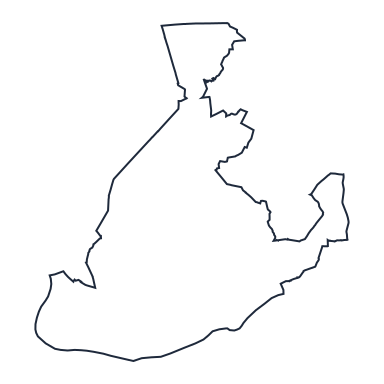 outline of Klintaines pag., Plavinu, Latvia
{"feature_id": "27541924B20415877652953", "entity_name": "Klintaines pag.", "entity_type": "district", "adm_level": 2, "iso_a3": "LVA", "parent_name": "Latvia", "parent_adm1": "Plavinu", "projection": "mercator", "projection_center": [25.627, 56.641], "detail": "fine", "context": "isolated", "style": "outline", "palette": "slate", "viewbox_px": 384, "rotation_deg": 0, "n_neighbors": 0, "source": "geoboundaries", "source_scale": "gbopen_adm2", "svg_char_len": 5803}
<svg xmlns="http://www.w3.org/2000/svg" viewBox="0 0 384 384"><path d="M227.0,23.0L226.6,23.2L224.9,23.1L209.1,23.4L195.1,23.5L186.2,23.9L185.8,24.0L183.6,24.0L175.0,24.6L164.9,25.5L161.6,25.8L162.7,29.2L163.9,33.4L163.9,33.6L164.1,34.0L165.0,37.8L164.9,37.8L165.4,39.3L165.5,39.3L166.4,42.5L167.6,46.1L169.1,51.3L169.3,52.0L173.3,65.8L175.5,72.9L175.8,74.4L177.5,80.2L178.4,83.2L177.7,83.5L178.2,85.3L184.7,89.1L185.0,89.6L184.5,96.5L185.5,97.5L186.7,98.3L186.5,98.5L186.0,98.6L180.9,101.1L178.6,101.0L178.6,102.3L178.7,104.7L178.4,108.9L168.1,120.1L167.5,120.8L160.3,128.7L158.1,131.3L157.9,131.2L152.4,137.2L152.2,137.2L149.5,140.3L149.1,140.6L128.4,163.0L114.0,178.8L113.8,179.1L113.4,179.9L112.0,184.6L110.6,189.7L108.8,195.7L108.9,196.1L108.8,198.0L108.6,199.1L108.1,209.8L108.1,210.2L108.0,210.6L107.9,210.9L100.3,224.0L96.3,230.8L97.9,232.7L100.7,236.4L100.9,236.3L101.0,238.3L99.8,238.5L96.0,242.2L94.2,243.8L93.4,244.3L93.4,244.6L93.4,245.2L93.2,245.8L92.3,247.6L90.5,248.7L89.9,249.2L89.4,250.5L89.5,250.7L89.4,251.4L88.3,252.9L88.2,254.3L87.7,256.1L86.9,259.4L86.7,262.4L86.0,262.6L88.2,267.0L92.7,276.7L92.6,276.8L93.2,278.8L93.9,282.0L95.2,287.8L87.2,285.5L85.4,284.9L80.8,282.1L80.7,282.0L81.1,281.6L78.5,279.9L75.7,280.7L74.6,279.6L73.7,280.9L73.4,281.7L70.4,279.1L68.2,277.1L66.8,275.6L65.3,273.9L63.4,271.3L62.7,271.5L54.8,274.4L49.7,275.4L50.8,278.8L51.3,284.0L50.6,288.9L48.1,296.5L45.5,300.7L41.2,306.6L38.9,311.6L36.9,317.7L35.5,324.1L35.4,329.4L36.2,332.9L37.9,336.4L45.7,343.4L55.0,348.8L60.6,349.9L67.6,350.5L74.6,349.9L81.1,350.2L86.7,350.7L93.7,351.8L103.4,353.7L110.8,355.8L133.3,361.0L141.7,358.2L151.4,357.3L160.8,356.8L170.3,353.5L184.5,347.7L195.4,343.4L203.5,339.5L208.4,335.4L212.6,331.3L219.3,329.3L226.1,328.4L227.4,328.4L229.7,330.1L234.3,330.5L237.0,329.6L239.6,328.4L241.7,325.8L243.5,322.9L247.5,318.1L255.9,310.2L264.7,303.6L271.6,298.1L278.3,295.1L283.5,293.9L283.4,289.9L280.7,283.7L286.0,281.1L288.6,281.1L289.5,280.8L289.7,281.1L290.2,280.7L290.7,280.6L290.6,280.3L293.7,279.0L296.0,278.3L298.4,277.5L298.3,277.4L298.5,277.4L298.5,277.5L299.3,277.1L300.2,276.2L302.7,272.6L303.4,271.8L303.5,271.1L304.5,270.5L305.8,270.0L315.2,266.7L315.4,266.4L316.9,262.6L318.3,260.6L318.7,259.9L318.9,258.9L318.5,258.1L321.8,248.1L321.9,247.9L322.3,246.2L327.3,246.3L327.9,246.1L327.7,240.0L328.4,240.5L329.3,240.6L329.2,240.8L333.6,241.2L334.5,241.5L334.8,241.4L335.0,241.2L335.1,241.3L337.1,240.3L339.0,240.4L340.5,240.3L341.2,240.4L341.2,240.2L342.8,240.3L344.0,240.0L347.1,239.9L347.5,239.7L347.2,238.7L346.9,234.5L346.4,231.7L346.6,230.4L348.5,223.2L348.6,222.3L348.5,221.1L347.8,217.6L346.8,214.3L342.8,204.0L342.5,203.0L342.4,202.0L342.5,200.8L343.5,193.1L343.8,189.9L343.8,189.2L343.7,188.4L343.1,185.4L342.8,183.9L342.7,183.0L342.7,182.3L342.8,181.8L343.3,179.4L343.6,177.6L343.6,176.0L343.5,175.0L343.4,174.4L342.9,174.6L339.0,174.3L335.1,173.6L330.6,173.4L329.1,174.7L327.9,175.5L326.9,176.4L325.9,177.3L323.4,179.5L321.6,180.9L319.6,182.7L317.3,184.8L314.5,189.2L311.3,194.0L310.1,194.6L311.8,195.3L313.6,198.1L315.2,200.1L317.8,201.8L318.6,203.2L318.8,203.7L319.1,205.3L319.1,206.2L320.0,207.9L321.2,209.7L322.6,211.4L323.2,212.7L323.1,213.0L323.0,213.3L322.8,214.0L322.8,214.4L323.0,214.7L322.1,216.1L318.1,221.0L316.5,223.0L315.8,224.0L315.1,225.2L314.3,226.0L313.5,227.3L312.0,229.0L311.1,229.9L310.3,231.0L308.7,233.2L307.0,236.1L304.9,239.1L300.7,240.5L299.5,241.4L291.6,240.1L288.9,239.7L287.8,239.0L287.5,239.6L285.3,239.2L278.4,240.2L278.2,240.6L276.7,240.0L276.2,240.5L273.6,240.8L275.1,238.2L275.3,236.7L275.1,236.2L274.1,234.8L274.0,233.7L273.9,233.4L272.7,231.9L272.6,231.6L272.7,230.8L271.8,228.9L270.2,227.3L268.9,225.5L267.7,221.7L267.8,221.5L269.6,219.8L269.6,219.5L269.6,217.1L269.5,214.0L269.5,213.8L270.5,212.2L270.3,211.7L269.5,210.9L267.9,209.5L267.7,209.0L267.2,207.0L266.0,201.7L265.8,201.5L262.7,200.8L261.0,200.9L260.9,201.0L260.2,203.4L257.5,202.5L257.2,202.3L255.7,202.0L251.2,197.3L248.6,195.0L245.7,192.7L245.8,192.5L243.0,190.3L241.4,187.2L231.5,185.2L230.3,184.8L226.9,184.1L222.1,178.2L215.4,170.1L215.5,169.9L216.6,169.7L217.0,168.4L219.1,168.0L218.6,164.1L220.1,161.1L224.8,161.9L226.9,161.5L227.0,161.4L227.7,158.1L227.7,157.9L227.8,157.7L228.1,157.6L228.7,157.5L235.3,156.4L236.3,155.7L238.2,154.9L241.8,152.7L244.0,148.4L244.7,147.0L246.8,147.7L248.4,142.6L251.3,138.7L253.6,130.1L241.1,123.2L246.9,111.9L242.2,110.1L240.7,109.3L240.4,109.6L240.0,109.8L239.6,110.2L239.5,110.5L239.3,110.8L238.5,111.3L238.1,111.8L238.2,112.0L237.8,112.4L236.9,113.7L236.1,114.3L235.2,114.6L234.7,114.6L233.8,114.4L232.1,113.7L231.3,113.7L230.9,113.9L229.7,115.0L226.8,115.7L226.5,116.2L226.1,116.4L226.2,113.4L223.1,110.5L216.5,113.9L211.1,116.5L211.0,114.1L211.2,110.4L210.3,103.1L210.1,100.4L209.5,97.0L209.3,96.9L201.8,97.8L203.0,96.8L207.0,88.8L206.7,87.8L205.1,83.3L203.9,79.7L204.2,79.6L205.9,80.7L206.2,81.1L206.7,80.7L207.0,80.8L207.1,81.3L206.8,81.7L206.9,82.0L207.0,81.9L207.4,81.9L207.9,81.8L208.0,81.6L207.7,81.2L207.7,80.8L207.9,80.7L208.2,81.0L208.3,81.0L208.9,80.9L209.5,80.5L209.9,80.6L210.3,80.6L210.8,80.8L211.1,81.2L211.3,81.3L211.5,80.8L212.0,80.9L212.5,80.7L213.2,80.7L213.6,80.6L213.7,80.3L213.7,80.1L213.2,79.7L213.0,79.4L212.4,78.6L213.4,78.0L215.2,79.0L215.4,78.4L216.4,76.6L216.8,76.2L218.1,75.7L219.1,75.0L219.2,74.4L220.0,73.5L220.5,72.6L220.6,72.2L221.4,71.1L222.8,69.5L223.1,68.2L223.0,67.7L222.2,66.4L221.8,65.5L221.1,64.4L221.7,62.9L222.3,61.7L222.6,60.7L223.4,59.2L223.5,58.8L223.8,58.3L223.9,57.8L224.0,57.6L225.2,56.8L226.4,56.1L227.1,55.6L228.8,53.5L229.1,52.5L229.4,49.3L232.8,49.3L232.1,44.8L234.2,41.3L234.3,41.3L238.4,40.8L244.1,40.3L245.0,40.3L245.0,39.9L244.6,38.6L237.1,32.6L236.9,31.1L237.0,29.8L232.8,27.7L230.0,26.5L228.5,23.7L227.0,23.0Z" fill="none" stroke="#1e293b" stroke-width="2"/></svg>